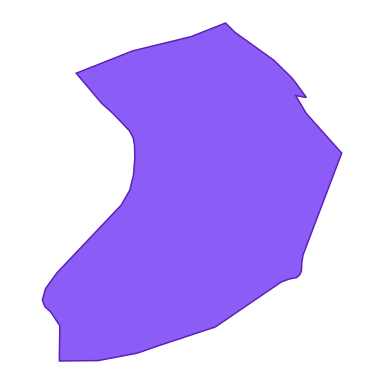 the border of Hau Giang
{"feature_id": "VNM-505", "entity_name": "Hau Giang", "entity_type": "Province", "adm_level": 1, "iso_a3": "VNM", "parent_name": "Vietnam", "parent_adm1": "", "projection": "robinson", "projection_center": [105.637, 9.855], "detail": "fine", "context": "isolated", "style": "filled", "palette": "violet", "viewbox_px": 384, "rotation_deg": 0, "n_neighbors": 0, "source": "natural_earth", "source_scale": "10m", "svg_char_len": 625}
<svg xmlns="http://www.w3.org/2000/svg" viewBox="0 0 384 384"><path d="M306.5,97.7L306.3,97.5L295.7,95.6L306.4,113.6L341.7,153.1L303.0,255.1L301.8,262.7L301.5,270.6L299.8,274.7L296.5,277.6L289.4,279.0L281.3,281.9L215.4,326.9L157.4,346.1L137.7,353.0L98.2,360.6L59.3,361.0L59.8,325.8L50.8,312.1L45.0,306.8L42.3,300.1L45.6,288.5L57.2,272.5L121.2,205.1L129.7,190.3L133.5,175.1L134.8,158.7L134.5,145.4L133.2,137.9L129.5,130.8L112.9,113.4L101.8,103.5L76.2,73.2L132.5,50.9L191.1,36.6L225.5,23.0L234.9,32.3L273.8,60.2L291.4,77.4L295.4,82.4L306.3,97.4L306.5,97.7L306.5,97.7Z" fill="#8b5cf6" stroke="#5b21b6" stroke-width="1.5"/></svg>